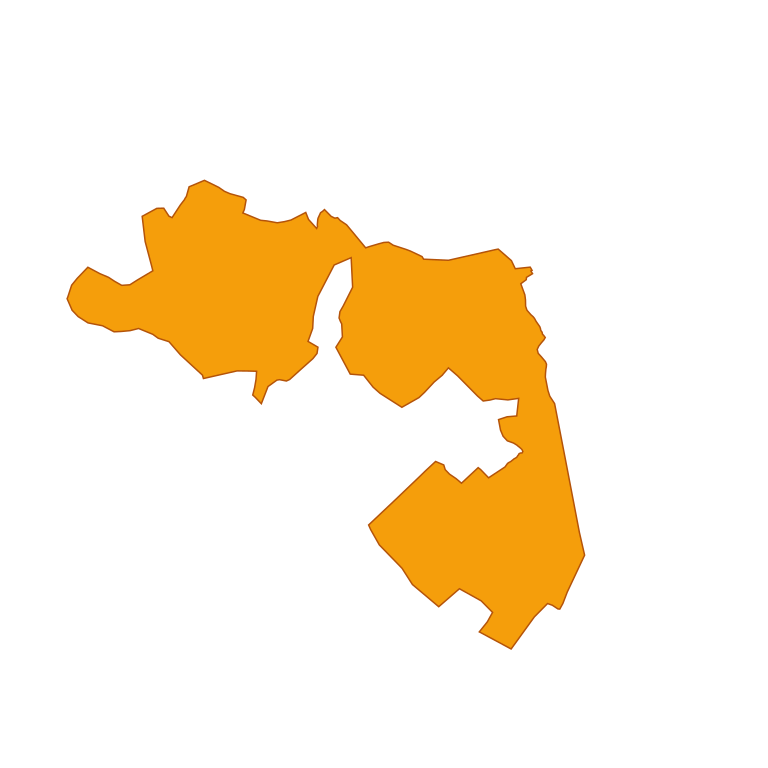 outline of Makoda, Kano, Nigeria, rotated 139°
{"feature_id": "59680162B1898458611197", "entity_name": "Makoda", "entity_type": "district", "adm_level": 2, "iso_a3": "NGA", "parent_name": "Nigeria", "parent_adm1": "Kano", "projection": "orthographic", "projection_center": [8.472, 12.427], "detail": "fine", "context": "isolated", "style": "filled", "palette": "amber", "viewbox_px": 768, "rotation_deg": 139, "n_neighbors": 0, "source": "geoboundaries", "source_scale": "gbopen_adm2", "svg_char_len": 3050}
<svg xmlns="http://www.w3.org/2000/svg" viewBox="0 0 768 768"><g transform="rotate(139 384 384)"><path d="M434.9,661.2L440.2,665.6L456.5,669.2L470.8,648.2L481.9,625.6L484.2,621.1L502.0,624.3L510.7,625.6L517.2,630.5L519.9,638.1L521.9,645.2L526.0,653.6L530.9,666.4L546.2,665.0L554.9,663.5L565.4,657.2L567.2,656.3L570.7,645.2L571.0,644.4L570.6,635.5L567.3,624.3L558.2,612.6L553.5,600.5L547.8,596.0L540.7,590.9L532.8,586.9L525.9,573.2L524.4,566.7L518.5,557.0L518.5,539.5L515.2,509.8L516.7,506.6L486.3,490.3L478.1,483.0L471.8,477.2L477.5,471.5L484.1,466.1L490.3,461.8L489.9,458.4L489.5,449.6L473.2,458.2L462.3,457.2L460.0,455.8L455.7,450.3L452.3,449.3L436.8,449.6L421.0,449.8L414.5,451.0L409.7,455.1L413.4,466.0L401.4,472.7L393.0,481.4L376.5,493.5L343.5,506.5L325.9,500.9L344.2,477.6L363.7,469.6L369.8,467.5L374.6,463.3L375.8,459.9L376.5,457.1L384.5,446.8L396.2,443.3L403.0,413.6L393.6,404.0L394.3,388.7L393.1,379.5L385.8,354.7L366.5,350.8L359.0,351.1L344.8,352.6L334.0,352.4L333.9,352.5L324.8,353.9L323.1,341.9L321.3,313.5L320.3,306.1L314.6,302.4L309.5,299.8L300.9,290.7L291.8,284.8L304.8,272.8L312.6,278.5L320.9,282.0L326.3,272.8L328.4,266.4L328.2,260.2L325.0,254.5L323.8,250.7L323.6,249.1L323.3,247.7L323.0,245.6L322.9,243.9L323.5,241.9L325.1,241.4L326.3,242.4L327.8,242.8L329.1,242.3L330.3,242.1L331.5,241.7L332.5,241.7L333.8,241.9L334.8,242.2L336.1,242.2L337.8,242.3L339.0,242.3L340.3,242.6L341.6,242.9L342.9,243.0L347.1,242.0L366.6,244.6L367.2,256.0L367.8,259.1L390.6,258.3L391.7,265.4L393.7,273.0L394.0,279.2L392.0,283.7L395.9,291.7L410.5,291.2L417.3,290.8L434.5,290.0L451.2,289.2L488.1,287.7L489.6,282.8L493.1,265.6L491.6,238.8L491.3,233.0L494.1,214.0L488.8,180.0L461.4,180.0L452.9,156.5L451.9,140.4L462.1,136.7L474.7,134.4L461.9,100.6L423.3,109.6L404.6,111.0L402.1,106.6L400.3,100.1L399.0,98.8L393.0,101.0L382.1,106.8L344.9,123.2L333.9,143.8L304.1,195.1L297.2,207.0L268.1,257.3L266.9,266.0L264.5,271.6L260.8,278.0L257.7,283.4L255.2,286.0L252.2,288.9L250.1,290.6L248.4,292.3L247.5,295.0L247.4,301.1L247.5,306.0L245.7,309.6L242.2,311.1L238.5,311.8L234.4,312.4L231.8,313.3L231.6,316.0L231.7,317.6L230.7,319.4L230.5,321.6L229.5,323.3L228.8,325.1L228.1,331.6L227.4,334.7L227.3,336.8L227.7,340.1L227.7,343.9L227.7,345.9L226.1,349.8L222.0,354.7L219.2,358.9L215.0,369.9L208.2,369.4L206.5,371.0L199.5,369.8L199.0,372.9L197.7,372.6L197.3,374.6L197.0,376.3L197.3,376.5L209.3,384.9L206.9,393.5L209.3,410.9L211.9,412.4L254.2,435.1L272.2,452.2L271.7,455.2L276.9,467.1L279.0,471.0L286.0,482.7L287.5,488.0L291.2,490.9L296.1,493.3L305.1,497.4L308.5,498.8L307.8,528.7L309.8,536.2L309.9,540.0L312.3,541.4L313.9,545.2L314.5,554.7L317.1,554.6L319.5,554.9L325.0,552.4L326.3,551.4L330.1,547.7L330.7,546.6L332.8,545.6L333.0,557.7L330.5,564.8L346.7,568.8L352.7,571.9L358.8,575.7L365.3,583.8L369.7,588.5L378.3,605.7L374.9,607.3L367.3,613.4L367.8,617.2L375.4,628.7L378.0,634.1L379.7,640.8L385.9,655.5L401.7,660.7L410.1,655.2L412.1,654.7L413.8,654.0L416.4,653.5L420.3,652.7L434.8,648.6L436.2,651.7L434.9,661.2Z" fill="#f59e0b" stroke="#b45309" stroke-width="1.5"/></g></svg>